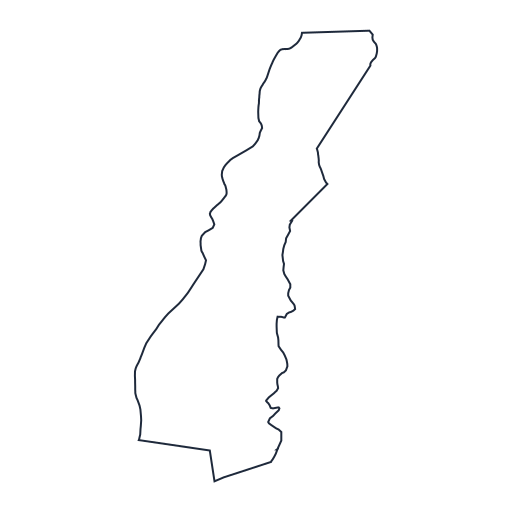 the district of Saltibus, Choiseul, Saint Lucia
{"feature_id": "8701671B43129052292298", "entity_name": "Saltibus", "entity_type": "district", "adm_level": 2, "iso_a3": "LCA", "parent_name": "Saint Lucia", "parent_adm1": "Choiseul", "projection": "mercator", "projection_center": [-61.01, 13.813], "detail": "fine", "context": "isolated", "style": "outline", "palette": "slate", "viewbox_px": 512, "rotation_deg": 0, "n_neighbors": 0, "source": "geoboundaries", "source_scale": "gbopen_adm2", "svg_char_len": 5872}
<svg xmlns="http://www.w3.org/2000/svg" viewBox="0 0 512 512"><path d="M302.0,32.8L301.6,35.2L301.2,36.4L300.8,37.5L300.6,37.9L300.2,38.5L298.8,40.9L297.3,42.8L296.6,43.5L296.3,43.8L295.9,44.1L291.7,47.4L291.3,47.7L291.1,47.7L290.9,47.9L290.6,48.0L290.3,48.2L289.7,48.5L288.8,48.8L287.9,48.9L287.7,49.0L285.8,49.0L285.6,49.1L285.3,49.0L284.5,49.0L283.6,49.1L283.4,49.1L282.6,49.1L282.4,49.2L281.5,49.5L280.9,49.6L280.6,49.8L280.2,50.0L279.7,50.5L279.2,50.9L279.1,51.2L278.7,51.5L278.5,51.8L277.8,52.6L277.3,53.4L277.2,53.6L276.3,55.1L275.1,57.2L273.7,59.7L272.7,61.8L272.2,63.1L271.9,63.7L271.3,65.0L270.8,66.2L270.1,67.9L270.0,68.3L269.7,68.9L267.2,76.5L267.0,77.0L266.7,77.9L266.6,78.1L266.0,79.1L265.9,79.5L265.5,80.2L265.0,81.1L264.9,81.2L264.6,81.8L264.4,82.0L263.2,83.7L262.4,85.2L261.6,86.3L261.5,86.5L261.0,87.4L260.6,88.2L260.3,89.0L260.2,89.3L260.1,89.8L260.0,90.2L259.9,90.4L259.8,91.1L259.7,91.4L259.7,91.8L259.7,92.3L259.6,92.7L259.6,93.1L259.6,93.5L259.5,94.3L259.5,94.6L259.4,94.8L259.4,95.1L259.4,95.3L259.3,96.1L259.3,97.2L259.1,98.7L259.0,100.0L259.0,100.7L258.9,100.9L259.0,101.3L258.9,103.0L258.9,103.5L258.8,104.1L258.7,104.5L258.7,104.9L258.6,105.2L258.6,105.5L258.5,106.0L258.5,106.7L258.4,107.0L258.4,107.5L258.4,107.9L258.3,109.1L258.2,111.7L258.4,117.7L258.5,118.1L258.5,118.3L258.5,118.7L258.7,119.1L258.8,119.8L259.1,120.8L259.1,121.2L260.7,123.2L261.2,124.1L261.7,125.4L261.8,125.8L262.1,128.1L261.9,128.4L261.8,128.6L261.2,129.9L260.9,130.3L260.6,131.0L260.5,131.4L260.3,131.7L259.9,132.5L259.8,133.1L259.6,134.1L259.6,134.5L259.5,135.1L259.4,135.4L259.4,135.6L259.2,136.5L258.9,137.2L258.8,137.8L258.7,138.1L258.3,138.8L258.0,139.6L257.9,139.9L257.6,140.4L257.4,140.6L257.0,141.3L256.8,141.5L255.9,142.8L254.9,144.1L252.8,146.4L246.1,150.5L239.3,154.4L238.3,155.0L238.1,155.1L232.8,158.1L231.5,159.1L230.7,159.6L230.5,159.8L230.3,159.9L230.2,160.1L229.7,160.6L229.5,160.8L228.6,161.7L228.4,162.0L228.2,162.1L227.5,162.8L226.3,164.1L225.8,164.7L225.6,164.9L225.3,165.3L224.6,166.3L223.9,167.3L223.2,168.8L223.0,169.3L222.2,171.0L221.9,173.7L221.8,174.3L221.8,174.7L221.8,175.1L221.9,176.2L222.0,176.9L222.3,177.8L222.4,178.5L222.9,180.0L223.1,180.6L223.3,181.2L223.5,181.6L223.7,182.2L224.0,182.8L224.4,184.1L225.1,185.1L225.4,185.9L225.6,186.5L225.7,187.0L226.4,189.8L226.6,192.1L226.6,192.9L226.6,193.2L226.5,194.0L226.4,194.2L226.3,194.7L225.5,196.1L225.3,196.2L225.2,196.4L224.1,197.8L223.9,198.1L223.6,198.5L223.4,198.7L223.3,198.9L223.0,199.2L222.6,199.7L222.4,200.0L222.1,200.4L221.8,200.7L221.6,201.0L220.9,201.8L220.5,202.2L217.5,204.8L216.8,205.3L216.6,205.5L216.2,205.9L216.0,206.1L215.7,206.4L215.2,206.8L214.7,207.3L214.4,207.6L214.2,207.8L213.9,208.0L213.3,208.5L213.1,208.7L212.9,208.9L212.7,209.3L212.4,209.5L211.9,210.1L211.5,210.5L211.3,210.9L211.1,211.1L210.8,211.5L210.4,212.0L210.3,212.7L210.0,213.3L209.9,213.5L209.9,213.9L210.0,214.2L210.0,214.5L210.1,214.9L210.2,215.4L210.9,216.6L211.1,217.1L211.3,217.4L211.5,217.7L211.8,218.2L211.9,218.4L212.3,219.0L213.1,220.9L213.8,222.9L214.3,224.4L213.3,226.6L212.7,227.9L208.5,230.4L205.2,232.1L205.1,232.3L204.9,232.4L203.9,233.5L201.8,235.8L201.0,238.0L200.9,238.4L200.8,239.4L200.6,240.6L200.6,241.0L200.5,241.4L200.6,243.2L200.6,243.9L200.6,245.1L201.4,250.8L201.6,251.1L201.9,251.9L202.5,252.7L202.8,253.4L204.3,256.8L206.0,260.3L205.1,264.2L203.4,269.3L198.8,276.2L194.4,282.8L194.1,283.3L193.4,284.3L191.5,287.3L189.4,290.5L188.1,292.5L187.2,293.7L182.7,299.4L178.9,303.7L168.4,313.4L164.8,317.4L164.4,318.0L164.0,318.4L162.7,320.1L159.0,324.7L156.3,329.0L155.7,329.8L153.8,332.3L153.1,333.2L150.8,336.3L146.3,343.2L144.3,347.8L141.9,354.3L141.2,356.0L140.6,357.4L140.4,358.2L138.5,362.6L137.5,364.4L136.8,365.7L136.1,367.3L135.7,368.4L135.0,371.3L134.9,375.8L135.1,380.0L135.1,382.3L135.2,386.5L135.2,389.6L135.3,391.6L135.3,393.0L135.6,394.4L136.5,397.9L137.5,400.0L137.8,400.8L139.2,404.6L139.6,405.8L140.4,409.5L141.0,416.2L141.2,420.3L140.8,426.1L140.5,429.1L140.3,433.0L140.2,434.6L139.8,436.2L139.6,437.0L139.1,439.3L138.8,440.1L209.8,450.5L214.5,481.3L223.2,477.6L223.3,477.5L271.1,461.9L271.5,460.9L272.6,459.5L274.2,456.8L275.8,453.7L277.4,449.4L277.0,449.4L278.0,448.6L278.0,447.9L281.3,440.6L281.3,432.0L278.6,429.5L276.2,428.4L271.2,425.0L268.9,423.3L268.2,422.0L269.9,418.3L273.1,415.9L275.4,413.4L278.7,410.3L279.4,408.4L278.8,407.5L278.3,407.4L275.5,407.9L273.0,408.4L270.7,407.9L269.7,405.4L268.3,403.2L267.3,402.4L266.1,400.9L266.2,400.5L268.8,397.4L271.0,395.6L273.9,393.3L275.2,392.0L276.6,390.8L278.1,388.2L277.9,386.5L277.4,384.3L277.2,382.6L277.2,378.9L278.0,377.2L279.3,375.5L282.1,373.0L283.8,372.4L285.9,370.4L287.4,366.3L287.3,364.0L286.8,361.2L286.4,359.4L284.7,355.4L283.2,352.5L281.0,349.8L278.6,346.2L278.5,344.6L278.4,340.3L278.1,337.5L276.9,333.1L276.8,331.9L276.6,326.4L276.6,323.8L276.9,319.8L277.6,316.7L278.5,316.8L281.2,316.8L282.8,317.2L284.1,317.6L284.9,317.5L285.6,316.2L286.8,313.9L289.2,312.4L290.8,312.0L293.3,310.7L295.1,309.1L294.8,306.9L294.5,305.4L293.8,304.2L291.7,301.6L290.8,300.6L288.2,295.7L288.2,293.2L289.0,290.0L290.3,287.6L290.3,284.2L289.4,282.6L287.7,279.4L285.7,276.4L284.3,274.0L283.3,270.3L283.6,267.1L284.0,263.9L283.1,261.0L282.4,255.0L282.9,252.1L283.3,248.9L284.3,245.2L285.7,242.0L286.1,238.3L287.9,235.1L290.1,231.0L289.4,227.4L289.8,224.6L292.0,221.0L290.8,220.7L327.4,184.0L326.0,182.5L324.1,179.0L323.3,175.9L322.3,173.1L321.1,169.6L320.5,168.1L319.8,166.8L319.1,164.8L318.7,162.2L318.8,160.6L318.7,159.3L318.6,158.0L318.4,156.8L318.4,156.1L318.1,154.7L317.9,152.4L317.5,150.9L317.2,149.7L316.8,148.6L370.4,65.6L370.3,64.2L370.5,63.5L371.1,62.2L372.9,60.0L373.9,59.1L375.0,58.1L375.8,56.8L376.7,53.6L377.1,51.1L377.1,48.6L377.0,47.5L376.7,46.2L376.2,44.7L375.7,43.7L374.4,42.3L373.5,41.1L372.7,39.7L372.4,37.5L372.7,34.6L369.4,30.7L302.0,32.8Z" fill="none" stroke="#1e293b" stroke-width="2"/></svg>